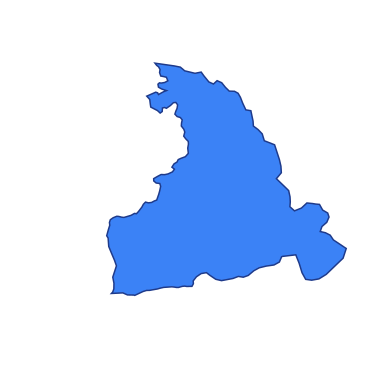 the district of Machang, Kelantan, Malaysia, rotated 245°
{"feature_id": "92858781B41710084977616", "entity_name": "Machang", "entity_type": "district", "adm_level": 2, "iso_a3": "MYS", "parent_name": "Malaysia", "parent_adm1": "Kelantan", "projection": "mercator", "projection_center": [102.272, 5.773], "detail": "fine", "context": "isolated", "style": "filled", "palette": "blue", "viewbox_px": 384, "rotation_deg": 245, "n_neighbors": 0, "source": "geoboundaries", "source_scale": "gbopen_adm2", "svg_char_len": 2552}
<svg xmlns="http://www.w3.org/2000/svg" viewBox="0 0 384 384"><g transform="rotate(245 192 192)"><path d="M134.1,76.1L129.8,86.7L126.0,90.0L123.2,95.7L122.5,96.4L122.5,105.5L122.0,109.2L120.8,111.9L120.2,114.2L118.7,119.8L118.3,122.5L117.5,126.1L114.6,133.6L113.3,135.8L112.1,137.5L111.2,139.4L110.6,143.3L109.8,145.6L108.5,147.5L107.7,149.4L106.5,152.1L108.3,154.5L110.9,155.5L113.3,160.2L114.2,165.8L112.8,171.0L109.1,172.9L102.9,176.6L99.2,181.3L96.3,192.6L95.9,198.3L93.1,202.5L92.6,207.7L94.5,214.8L94.9,220.9L93.5,227.9L91.2,235.5L91.6,241.6L95.4,245.8L95.4,246.8L91.2,259.5L82.2,259.0L72.3,257.6L64.8,258.1L61.5,263.2L59.6,270.3L60.6,278.8L67.0,297.5L67.2,298.1L68.1,300.9L75.6,307.9L88.8,299.9L94.5,299.0L98.7,295.7L102.0,291.5L105.8,295.2L107.6,301.4L111.4,305.6L115.6,306.1L120.4,302.8L126.9,302.3L128.8,299.0L130.7,296.2L133.5,291.5L131.2,284.4L131.6,276.9L137.3,274.5L141.5,276.9L146.2,278.8L152.4,280.2L157.5,278.3L168.4,274.1L171.7,281.1L177.8,283.5L184.4,284.9L199.9,286.8L207.9,279.2L215.0,280.2L220.6,278.3L225.8,275.5L230.5,277.3L240.8,279.7L243.7,275.5L251.2,275.5L257.3,275.9L262.0,275.5L265.3,273.1L267.7,268.4L272.8,266.5L278.5,265.1L281.7,262.3L282.3,261.8L280.8,257.1L284.6,253.8L292.1,251.9L296.8,251.0L298.3,244.9L304.9,236.6L310.1,234.2L313.7,229.3L324.4,212.9L321.7,213.5L319.6,214.6L316.5,214.8L314.0,213.1L310.3,212.7L308.8,214.8L306.8,217.3L303.0,217.1L302.8,213.6L303.7,210.2L304.7,208.6L304.1,206.7L301.2,205.9L298.3,207.9L294.7,211.7L294.9,208.8L294.7,205.4L294.5,202.8L296.4,202.8L297.8,201.3L298.0,191.5L293.7,192.8L289.1,191.3L286.4,190.5L280.4,195.1L277.0,196.5L277.5,199.0L280.6,200.7L280.2,202.8L278.7,204.2L279.5,209.0L280.8,212.9L280.0,215.2L277.1,215.8L274.1,213.8L272.1,211.5L269.8,209.4L266.7,210.4L264.4,212.9L261.5,213.6L259.0,211.7L256.3,210.2L252.3,211.1L249.4,210.8L246.1,208.1L242.8,208.8L239.4,210.0L236.9,209.0L233.6,206.7L228.6,205.0L226.8,200.9L227.2,196.1L227.2,193.2L225.5,191.1L225.1,187.6L223.0,184.3L220.1,185.7L218.5,182.8L218.5,178.0L219.3,174.5L220.9,171.4L220.7,167.2L220.3,162.9L218.2,162.0L215.3,163.3L213.3,166.4L210.4,166.0L206.8,163.3L203.9,160.8L199.6,156.6L199.8,153.9L199.6,151.0L200.6,147.9L202.5,145.6L201.4,142.7L199.5,140.2L196.9,135.2L195.8,132.5L196.9,130.8L196.6,126.9L197.7,119.6L198.9,117.6L200.8,115.3L201.8,113.6L202.0,109.7L201.4,106.3L199.3,104.3L196.6,103.4L193.9,100.9L188.4,96.2L185.7,96.5L177.8,93.5L171.2,93.2L162.8,92.9L157.0,92.3L152.8,88.4L148.3,84.2L142.3,82.7L137.2,80.2L134.8,77.8L134.1,76.1Z" fill="#3b82f6" stroke="#1e3a8a" stroke-width="1.5"/></g></svg>